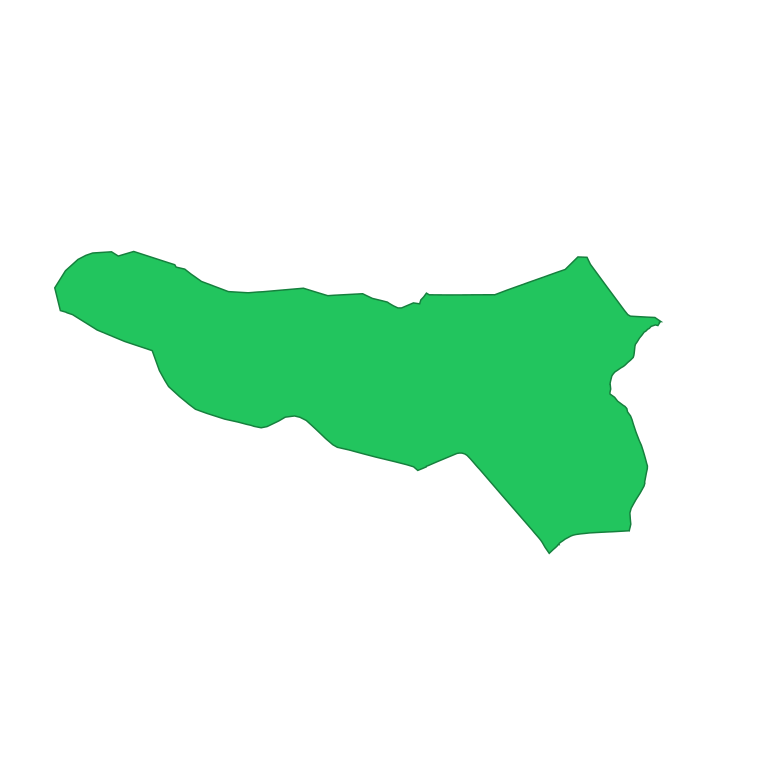 the district of Ifako/Ijaye, Lagos, Nigeria, rotated 341°
{"feature_id": "59680162B46296414727789", "entity_name": "Ifako/Ijaye", "entity_type": "district", "adm_level": 2, "iso_a3": "NGA", "parent_name": "Nigeria", "parent_adm1": "Lagos", "projection": "orthographic", "projection_center": [3.317, 6.663], "detail": "fine", "context": "isolated", "style": "filled", "palette": "green", "viewbox_px": 768, "rotation_deg": 341, "n_neighbors": 0, "source": "geoboundaries", "source_scale": "gbopen_adm2", "svg_char_len": 2967}
<svg xmlns="http://www.w3.org/2000/svg" viewBox="0 0 768 768"><g transform="rotate(341 384 384)"><path d="M101.9,209.2L106.6,212.5L107.4,213.4L112.1,217.0L128.0,236.6L130.3,239.5L152.6,259.3L175.7,277.0L176.0,298.2L177.9,309.1L179.5,316.3L183.8,324.2L186.5,329.2L190.1,335.0L192.9,339.6L197.5,346.5L206.8,354.0L221.9,365.3L233.8,372.6L241.1,377.5L244.7,379.7L247.3,381.7L253.6,385.4L259.6,386.2L271.5,384.8L272.9,384.6L279.9,383.2L289.0,385.1L293.7,388.1L298.6,393.1L302.3,399.8L304.6,404.1L306.8,408.3L311.0,416.5L315.8,424.7L319.3,428.7L329.2,434.8L341.0,442.8L352.4,450.4L368.7,460.8L379.2,467.7L385.0,471.9L387.8,476.7L393.2,476.4L397.0,476.1L397.3,475.6L399.7,475.5L408.7,474.8L424.4,473.8L430.4,473.4L432.7,473.8L435.2,474.7L437.6,476.4L439.3,478.5L441.3,482.8L443.0,487.0L444.3,490.3L445.4,493.0L446.6,495.7L459.4,527.8L475.5,567.7L476.6,570.4L477.7,573.4L480.2,579.6L481.3,582.6L482.1,585.6L483.1,590.8L484.2,594.7L485.1,597.9L489.9,595.7L493.8,594.1L495.8,593.1L496.3,592.6L497.1,592.7L497.3,592.8L497.3,592.2L497.6,591.9L497.8,591.7L500.0,591.0L502.6,590.3L504.8,589.6L508.1,589.1L511.0,588.6L513.6,588.5L516.5,588.8L521.1,589.7L525.3,590.7L529.8,591.7L540.4,594.7L548.7,597.1L551.3,597.9L557.7,599.7L567.7,602.5L568.1,602.7L568.7,601.6L570.3,599.2L571.7,596.9L573.0,591.6L574.5,586.0L577.2,582.0L580.5,579.0L584.3,575.6L590.6,570.6L596.6,565.2L598.4,562.6L598.4,561.8L602.0,555.5L603.5,552.9L605.4,549.8L606.4,547.3L606.5,544.5L606.8,540.8L607.1,535.8L607.3,530.6L607.4,525.8L606.9,520.4L606.9,519.7L606.6,511.5L606.7,502.7L606.9,498.6L606.7,494.5L605.5,490.6L605.2,489.6L605.6,486.3L604.5,483.6L603.4,482.3L599.3,476.3L597.7,471.6L594.4,467.0L594.9,465.5L596.7,462.6L597.8,457.8L597.6,457.7L599.1,455.1L600.7,452.6L602.1,450.5L604.0,449.1L606.2,447.8L610.0,446.8L613.1,445.9L616.2,445.3L618.4,444.5L621.5,443.0L625.1,441.6L628.3,440.0L629.6,438.2L630.7,436.1L633.7,429.7L634.8,428.2L636.7,426.9L638.9,425.1L640.6,423.7L643.9,421.7L646.9,419.6L648.7,419.3L650.3,418.5L651.4,418.0L652.9,417.8L655.3,416.5L659.9,416.5L662.0,417.9L665.1,415.4L664.7,415.1L665.2,414.8L666.1,415.1L664.0,412.3L661.8,409.3L656.0,407.0L651.8,405.3L639.1,400.1L637.1,397.8L635.3,392.8L626.0,363.4L618.1,338.0L617.2,330.3L608.7,327.0L592.6,334.7L583.8,334.7L566.6,334.9L554.0,335.0L530.6,335.3L517.5,335.7L517.3,335.5L498.5,329.1L491.6,326.8L482.7,323.8L472.5,320.3L455.8,314.4L453.7,311.9L450.0,314.5L446.2,316.5L443.8,319.8L438.2,316.9L425.4,317.8L421.9,316.6L418.4,313.2L415.2,309.5L413.9,307.7L409.5,304.8L400.9,299.3L395.9,294.4L393.2,291.7L365.2,283.7L359.6,282.2L350.2,275.4L341.3,268.9L339.0,267.2L323.8,263.4L299.0,257.2L298.3,257.0L294.5,255.9L285.5,253.6L284.2,253.1L267.0,246.0L265.5,244.8L264.2,243.7L244.8,227.6L237.1,216.9L233.0,210.5L225.5,205.8L225.0,203.1L218.8,198.5L199.4,183.9L190.5,177.2L174.4,176.5L169.4,170.3L151.2,165.3L144.0,165.3L135.2,166.6L133.8,167.2L119.7,173.2L104.0,185.9L101.9,209.2Z" fill="#22c55e" stroke="#15803d" stroke-width="1.5"/></g></svg>